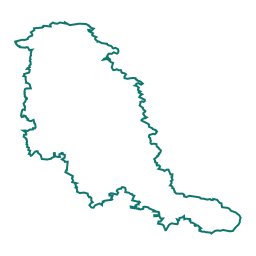 the district of Ballinasloe Lea-6, Galway, Ireland
{"feature_id": "5873133B97089647818716", "entity_name": "Ballinasloe Lea-6", "entity_type": "district", "adm_level": 2, "iso_a3": "IRL", "parent_name": "Ireland", "parent_adm1": "Galway", "projection": "natural_earth1", "projection_center": [-8.386, 53.453], "detail": "fine", "context": "isolated", "style": "outline", "palette": "teal", "viewbox_px": 256, "rotation_deg": 0, "n_neighbors": 0, "source": "geoboundaries", "source_scale": "gbopen_adm2", "svg_char_len": 5759}
<svg xmlns="http://www.w3.org/2000/svg" viewBox="0 0 256 256"><path d="M23.2,130.6L25.8,132.3L26.3,134.0L26.3,134.6L24.1,134.7L23.7,136.7L26.3,138.6L26.1,139.3L26.8,140.0L27.1,141.9L26.6,142.6L26.9,143.5L26.5,144.2L27.4,145.0L27.1,147.0L28.9,147.7L28.3,150.0L30.2,150.7L29.0,153.8L29.9,153.7L30.7,155.8L32.1,155.1L35.0,151.7L36.9,151.2L37.7,151.3L38.0,152.8L40.7,155.1L41.8,159.0L47.3,159.5L51.1,158.7L51.5,158.0L54.1,156.8L53.9,153.1L54.8,153.1L55.0,156.3L58.8,157.1L60.0,156.9L59.3,155.2L59.3,154.4L62.0,152.8L62.8,153.2L62.4,154.2L64.8,154.9L64.7,157.6L61.9,159.3L64.5,160.8L64.8,161.8L67.7,161.7L66.8,170.3L66.1,170.3L65.4,172.2L72.7,176.0L72.5,176.5L72.8,177.1L71.9,178.2L73.0,180.4L72.2,182.1L76.6,183.3L75.2,184.0L75.9,186.1L76.4,186.4L75.6,187.5L76.9,187.8L76.6,188.5L77.2,190.5L77.0,191.7L79.7,193.0L84.1,192.6L87.7,193.6L87.9,195.5L89.2,197.3L90.0,196.8L91.4,198.1L91.2,200.6L92.7,202.3L91.4,202.8L89.4,205.1L91.3,207.4L93.5,207.7L95.1,205.3L99.6,203.5L102.0,205.1L102.0,203.3L103.5,202.2L102.9,201.4L104.8,200.7L111.8,199.8L112.3,199.3L111.2,198.0L112.1,197.1L112.6,195.7L109.4,195.5L109.4,193.9L110.9,193.3L112.5,193.4L117.1,194.6L118.2,192.8L116.8,191.1L117.1,190.1L119.1,188.8L121.2,188.7L121.7,187.3L122.7,187.1L125.2,187.9L125.7,189.6L125.3,192.1L128.9,192.7L130.4,193.9L132.2,194.2L132.5,195.3L134.3,195.7L132.2,200.3L137.7,201.7L139.1,201.5L139.9,202.3L138.7,203.4L138.6,204.4L137.8,204.1L135.7,205.3L136.2,206.0L135.1,206.4L134.8,207.3L130.7,206.5L130.9,207.7L135.0,208.4L136.2,207.8L136.9,208.7L138.4,208.5L138.6,209.1L139.4,208.9L140.2,209.5L143.3,208.8L143.3,207.0L144.5,206.7L148.4,207.4L149.3,208.5L154.6,210.7L153.7,211.5L158.6,211.9L158.7,213.0L159.2,213.1L159.3,215.2L154.2,215.2L154.3,216.3L159.5,215.9L160.1,217.7L160.9,218.6L163.0,218.5L160.5,221.6L158.6,221.4L158.0,223.6L162.2,224.5L163.5,225.3L165.4,230.2L166.0,230.1L168.9,225.1L170.3,224.0L171.7,223.4L177.3,224.2L177.8,223.7L177.9,221.0L177.1,219.4L179.2,220.1L179.6,217.9L182.2,217.5L184.0,216.1L184.3,219.3L186.0,218.7L189.9,219.0L189.6,220.3L190.5,220.5L190.3,221.6L190.9,222.6L192.5,222.7L195.5,224.4L194.7,225.6L195.0,225.9L197.8,225.4L200.7,228.0L199.6,228.1L200.3,229.7L199.3,229.8L199.3,230.7L202.1,231.7L204.3,231.6L205.4,232.1L210.5,232.6L211.3,233.5L215.0,230.9L217.7,230.4L220.1,230.8L223.3,230.0L229.9,231.3L232.8,231.0L235.7,227.3L238.5,224.6L239.7,222.4L239.9,220.0L240.6,217.8L239.4,215.4L235.7,212.5L230.9,210.7L229.3,208.7L227.6,207.9L222.0,207.2L221.4,203.3L219.7,202.9L217.2,199.9L213.2,198.9L213.1,199.8L212.5,200.0L211.4,200.0L210.1,199.1L207.1,199.6L203.3,198.6L201.8,198.7L200.4,198.3L199.8,197.4L189.3,195.8L186.6,197.0L184.1,196.4L183.9,195.8L184.3,195.0L182.9,193.7L176.4,193.6L174.7,192.1L174.8,191.2L174.2,190.7L173.7,188.6L172.2,188.0L172.5,186.9L171.6,185.9L170.0,185.5L171.5,183.3L171.6,181.9L170.9,181.1L172.6,179.8L171.4,177.2L172.2,176.8L172.4,174.3L170.5,174.5L168.5,169.7L166.7,169.7L164.3,171.1L163.6,170.1L158.5,168.9L159.3,168.2L160.0,166.3L158.7,165.2L156.8,165.4L156.6,164.5L157.0,162.9L155.4,162.4L155.0,161.8L155.2,160.9L154.2,159.1L157.8,156.2L157.4,155.8L159.1,154.5L158.8,153.4L160.2,152.7L160.9,150.8L160.7,150.1L158.7,148.5L158.6,147.6L156.8,146.6L156.4,144.1L154.1,143.7L151.6,144.0L150.8,143.5L150.4,142.6L150.9,140.8L150.4,140.1L150.2,138.1L149.1,137.3L149.0,135.7L149.6,134.9L153.4,133.8L154.9,134.3L156.5,132.7L156.3,131.8L156.9,131.4L155.6,130.0L152.7,129.1L152.2,128.2L149.1,126.8L148.8,125.5L149.1,124.7L147.9,123.7L141.4,120.5L141.5,119.9L143.7,118.3L145.2,118.3L146.7,117.4L145.2,116.7L143.2,114.0L143.5,113.0L145.3,111.5L145.2,110.8L143.4,109.6L142.8,108.4L143.0,107.9L139.7,105.5L140.5,103.0L140.3,102.1L142.1,101.3L143.4,101.9L144.4,101.4L144.8,101.0L144.7,99.7L139.3,97.1L140.2,95.5L142.2,94.3L138.6,92.5L138.7,92.0L140.2,91.4L138.0,90.0L138.1,88.9L138.9,87.7L136.6,85.9L135.0,85.5L135.9,85.0L136.3,83.8L138.2,83.1L141.2,84.7L142.8,83.6L140.6,81.6L137.2,80.5L136.9,79.7L135.8,79.4L135.5,78.2L133.0,77.9L127.3,78.8L124.5,78.1L124.4,76.6L126.0,74.3L124.4,73.2L122.2,72.9L121.4,72.1L121.5,71.6L120.8,70.1L118.9,70.3L116.7,69.2L114.8,70.1L113.2,70.0L111.7,67.4L113.1,62.9L110.8,62.0L108.7,60.2L110.1,59.7L109.7,59.0L107.5,58.9L103.3,59.7L104.3,58.6L106.8,57.9L106.8,56.8L107.8,57.1L107.5,56.6L107.7,54.9L108.7,53.7L111.8,53.8L113.7,52.3L116.8,53.6L117.6,53.3L118.5,51.5L118.1,49.3L115.4,47.8L113.4,48.5L112.5,48.0L112.2,47.0L110.8,45.8L108.8,45.4L107.2,44.5L107.1,43.8L101.7,43.1L98.8,41.5L97.9,41.7L98.0,41.4L96.3,40.4L95.1,39.0L95.5,37.5L96.2,37.1L92.3,35.4L92.1,34.8L93.0,33.3L88.7,31.2L88.3,29.9L89.8,30.0L91.5,30.8L93.7,28.6L90.4,27.6L90.3,26.7L88.6,25.8L88.7,25.4L85.9,24.0L79.4,23.7L69.7,25.1L65.1,22.5L65.3,23.5L60.1,22.5L57.4,23.7L54.6,23.4L53.0,22.5L50.2,24.5L50.7,26.5L43.5,25.8L42.8,26.5L43.1,27.0L42.2,27.6L34.1,28.3L34.3,30.1L30.9,32.3L32.2,34.2L32.2,35.6L29.2,36.7L27.7,38.3L27.7,39.1L24.5,40.0L22.3,39.8L15.4,41.5L16.1,42.5L15.5,42.8L16.3,44.1L18.1,46.1L19.6,46.2L19.7,47.2L25.6,47.7L26.4,47.1L27.9,47.4L29.4,50.3L32.1,49.8L31.1,51.0L31.2,52.4L30.7,53.8L31.0,55.5L30.4,56.3L30.1,58.3L30.6,59.4L29.8,60.3L29.9,61.2L30.5,61.6L30.7,64.4L29.3,65.7L29.8,67.1L27.5,68.1L27.0,68.8L27.9,68.7L29.8,69.8L29.1,72.5L24.1,74.1L24.4,75.2L23.5,76.1L25.7,76.9L25.6,79.7L26.2,81.7L25.9,82.7L28.5,83.4L29.7,84.5L30.8,88.4L25.9,88.5L24.9,89.3L24.4,92.0L24.9,92.6L24.4,94.1L24.9,94.8L24.7,96.2L25.4,96.6L25.3,97.5L27.0,98.2L27.0,98.9L25.9,99.4L25.3,101.5L23.6,103.5L24.3,106.0L25.0,106.4L24.8,110.0L23.0,109.4L22.1,110.4L21.0,115.6L21.8,117.1L24.2,116.5L22.7,115.4L25.6,115.9L26.6,118.2L27.2,118.2L28.0,119.0L27.5,119.9L29.3,120.8L31.1,121.1L33.6,119.9L34.3,123.3L35.1,123.7L35.6,127.2L34.9,128.4L33.0,128.2L32.9,129.4L29.8,129.6L27.6,131.0L25.2,130.5L23.2,130.6Z" fill="none" stroke="#0f766e" stroke-width="2"/></svg>